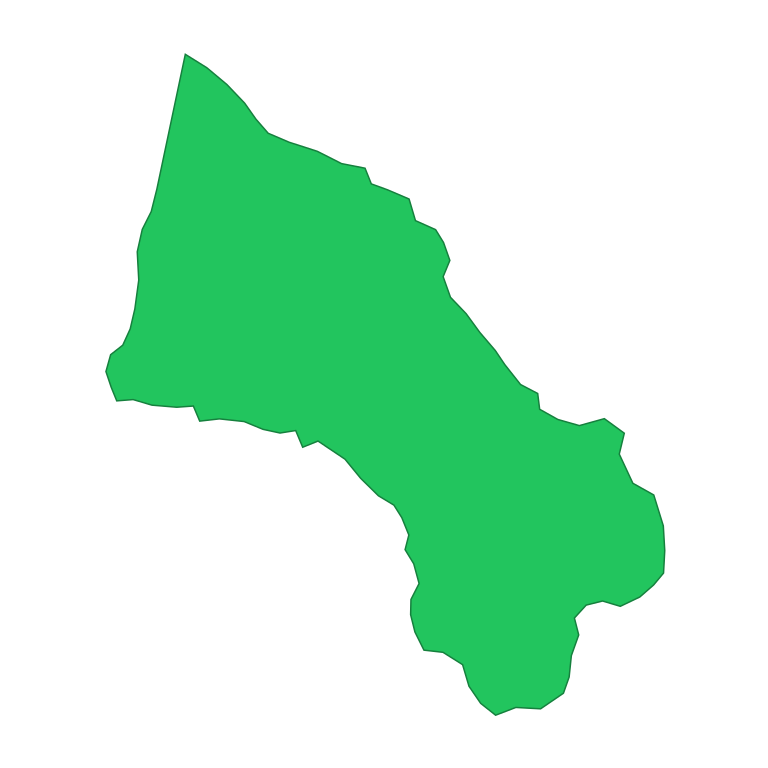 outline of Pracinha, São Paulo, Brazil, rotated 269°
{"feature_id": "56859067B67467393678264", "entity_name": "Pracinha", "entity_type": "district", "adm_level": 2, "iso_a3": "BRA", "parent_name": "Brazil", "parent_adm1": "São Paulo", "projection": "orthographic", "projection_center": [-51.081, -21.838], "detail": "fine", "context": "isolated", "style": "filled", "palette": "green", "viewbox_px": 768, "rotation_deg": 269, "n_neighbors": 0, "source": "geoboundaries", "source_scale": "gbopen_adm2", "svg_char_len": 1256}
<svg xmlns="http://www.w3.org/2000/svg" viewBox="0 0 768 768"><g transform="rotate(269 384 384)"><path d="M272.3,376.5L262.7,391.8L250.0,399.5L232.6,406.2L218.0,402.2L203.7,410.6L183.9,415.6L168.1,407.2L152.9,406.6L135.5,410.6L117.2,419.3L114.7,438.3L102.0,457.7L80.3,463.7L63.0,475.1L50.9,489.8L58.3,510.2L56.5,534.9L71.7,558.0L87.8,564.0L109.2,566.6L129.7,574.3L146.7,570.3L159.4,582.3L163.2,598.7L157.6,616.4L166.6,636.1L178.4,650.1L190.1,660.2L212.5,661.8L237.3,660.8L268.3,651.8L280.4,631.1L309.8,618.0L330.6,623.4L345.5,603.7L339.0,578.6L345.5,557.2L356.0,539.2L371.8,537.5L381.1,520.5L401.3,505.1L415.6,495.8L433.9,480.7L452.8,467.4L469.5,452.0L490.3,445.0L506.4,452.0L524.4,446.0L537.4,438.3L546.8,418.3L568.5,412.3L578.1,390.9L584.3,374.8L600.1,368.8L605.1,345.4L617.8,321.4L627.4,293.3L636.7,272.6L651.0,260.6L667.2,249.6L686.1,232.2L703.2,212.5L717.1,191.1L582.8,160.3L560.5,154.3L542.8,145.0L520.5,139.6L492.2,140.6L463.4,136.2L443.5,131.2L427.4,123.5L418.1,111.2L401.3,106.2L385.5,111.2L371.8,116.5L372.8,132.9L366.9,151.6L364.4,176.3L365.3,193.0L350.1,199.1L352.0,218.8L348.9,243.5L340.8,262.2L336.8,279.2L339.0,294.9L322.2,301.6L328.1,317.0L309.5,343.7L290.0,359.1L272.3,376.5Z" fill="#22c55e" stroke="#15803d" stroke-width="1.5"/></g></svg>